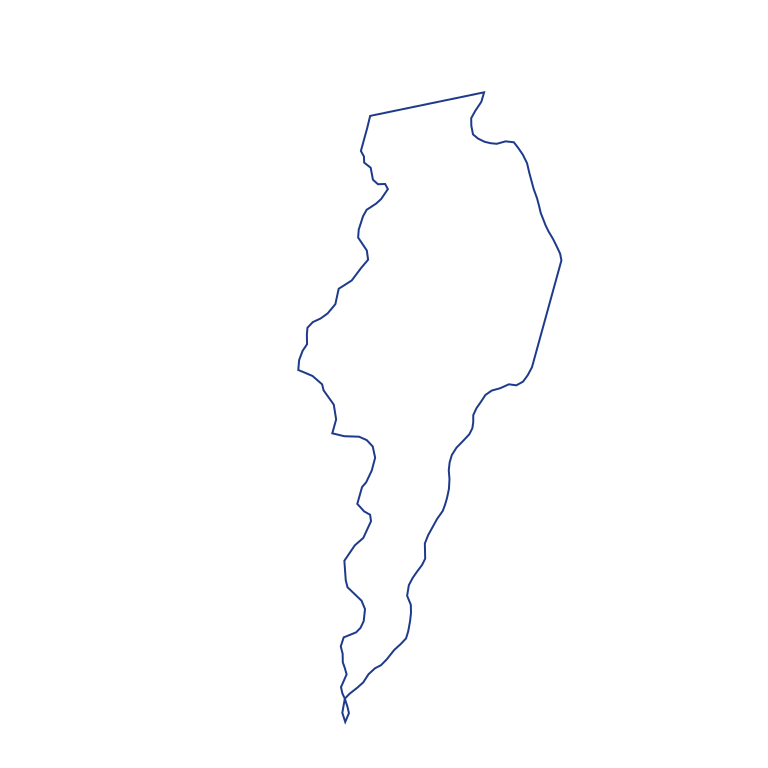 Serra dos Aimorés, Minas Gerais, Brazil, rotated 217°
{"feature_id": "56859067B89940733316213", "entity_name": "Serra dos Aimorés", "entity_type": "district", "adm_level": 2, "iso_a3": "BRA", "parent_name": "Brazil", "parent_adm1": "Minas Gerais", "projection": "orthographic", "projection_center": [-40.28, -17.754], "detail": "fine", "context": "isolated", "style": "outline", "palette": "blue", "viewbox_px": 768, "rotation_deg": 217, "n_neighbors": 0, "source": "geoboundaries", "source_scale": "gbopen_adm2", "svg_char_len": 1988}
<svg xmlns="http://www.w3.org/2000/svg" viewBox="0 0 768 768"><g transform="rotate(217 384 384)"><path d="M428.5,342.6L411.7,337.3L400.9,326.9L395.6,313.5L384.3,318.4L372.2,326.9L364.0,328.8L355.4,327.3L346.7,319.8L341.7,307.5L339.1,294.8L339.5,288.5L333.2,272.2L323.2,270.3L316.4,271.2L311.8,266.6L307.9,248.6L310.2,237.6L309.3,219.0L296.4,204.2L290.8,199.7L271.5,197.4L263.7,192.8L257.5,182.4L256.0,175.1L256.8,168.9L263.7,157.4L260.6,148.4L254.7,143.7L249.4,136.9L244.4,133.6L239.1,129.6L235.9,116.0L231.1,111.9L225.9,109.1L225.1,115.9L222.6,125.2L221.0,133.2L221.7,143.0L220.1,151.6L217.2,157.6L216.1,165.6L215.8,177.7L214.2,186.0L213.3,194.1L215.8,201.0L220.5,210.4L224.8,217.6L229.7,223.8L238.1,228.8L243.1,238.3L244.4,246.5L244.7,254.0L244.7,262.4L246.0,269.3L250.4,274.9L255.4,281.2L257.8,289.9L259.1,299.1L260.4,308.3L260.7,318.0L262.6,324.3L265.0,330.7L269.0,339.3L274.5,347.5L280.3,354.0L284.4,360.9L287.1,368.1L287.8,376.8L286.6,386.1L285.6,395.2L286.8,401.8L289.6,407.0L294.0,412.9L295.6,420.4L295.9,428.6L296.4,436.4L294.0,443.6L288.7,450.5L284.1,458.9L277.5,462.6L274.4,469.5L274.5,477.4L275.9,486.4L316.7,589.5L321.8,594.1L329.4,598.1L336.4,601.6L344.5,604.9L350.7,608.1L356.0,611.4L361.6,614.8L367.4,619.6L373.5,624.4L381.8,629.8L388.4,634.9L394.8,639.9L402.6,646.4L411.1,650.7L418.6,653.2L425.7,655.2L432.9,651.0L438.5,643.7L443.7,640.5L449.4,638.0L456.5,636.6L463.1,636.9L469.5,642.6L474.3,648.7L475.5,657.2L476.1,668.0L479.6,677.2L556.4,589.8L551.5,578.4L542.7,556.2L536.9,553.6L533.1,548.9L524.8,548.7L515.8,540.5L509.1,539.9L503.5,544.4L498.2,542.0L497.6,530.0L498.9,523.2L502.7,512.7L501.7,505.4L497.1,492.1L492.8,485.4L478.1,480.3L471.5,473.7L472.1,462.9L472.1,447.2L477.5,432.8L470.9,418.5L471.5,406.4L474.1,398.1L478.1,390.6L479.0,382.9L475.3,377.0L469.4,369.5L469.0,361.6L466.2,352.1L460.9,343.6L446.0,347.4L433.2,346.5L428.5,342.6ZM211.6,90.8L213.9,100.0L218.9,104.2L225.9,109.1L219.4,96.3L211.6,90.8Z" fill="none" stroke="#1e3a8a" stroke-width="2"/></g></svg>